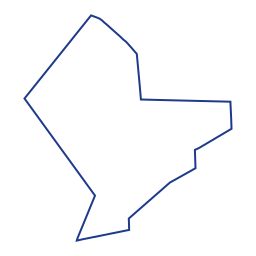 the district of Bom Princípio do Piauí, Piauí, Brazil
{"feature_id": "56859067B36609863905827", "entity_name": "Bom Princípio do Piauí", "entity_type": "district", "adm_level": 2, "iso_a3": "BRA", "parent_name": "Brazil", "parent_adm1": "Piauí", "projection": "robinson", "projection_center": [-41.617, -3.159], "detail": "fine", "context": "isolated", "style": "outline", "palette": "blue", "viewbox_px": 256, "rotation_deg": 0, "n_neighbors": 0, "source": "geoboundaries", "source_scale": "gbopen_adm2", "svg_char_len": 684}
<svg xmlns="http://www.w3.org/2000/svg" viewBox="0 0 256 256"><path d="M199.0,148.0L225.7,132.2L231.5,128.8L231.2,119.1L230.4,101.7L168.1,100.2L140.9,99.5L139.9,87.5L136.8,53.9L135.0,51.9L133.3,49.9L131.4,47.7L129.6,45.7L127.4,43.2L125.9,41.6L123.2,39.5L120.8,37.1L118.8,35.3L117.2,33.9L115.4,32.3L112.8,30.0L110.3,27.8L108.6,26.2L106.2,24.1L104.2,22.5L102.4,20.7L99.7,18.7L97.3,17.7L95.5,17.0L93.5,16.3L91.1,15.4L89.3,17.6L74.4,36.2L62.5,51.1L24.5,98.5L63.2,151.8L95.0,195.6L77.4,238.5L76.8,240.6L83.0,239.2L121.8,231.4L126.6,230.4L129.1,230.0L129.1,227.7L128.8,218.5L167.8,184.4L170.0,182.5L195.5,168.2L194.9,149.9L199.0,148.0Z" fill="none" stroke="#1e3a8a" stroke-width="2"/></svg>